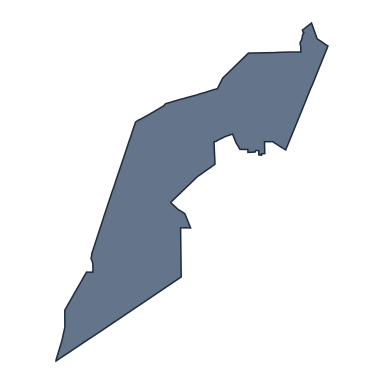 the district of El Espinal, Oaxaca, Mexico
{"feature_id": "50627088B62999724223409", "entity_name": "El Espinal", "entity_type": "district", "adm_level": 2, "iso_a3": "MEX", "parent_name": "Mexico", "parent_adm1": "Oaxaca", "projection": "equal_earth", "projection_center": [-95.031, 16.463], "detail": "fine", "context": "isolated", "style": "filled", "palette": "slate", "viewbox_px": 384, "rotation_deg": 0, "n_neighbors": 0, "source": "geoboundaries", "source_scale": "gbopen_adm2", "svg_char_len": 1947}
<svg xmlns="http://www.w3.org/2000/svg" viewBox="0 0 384 384"><path d="M56.0,361.0L84.7,341.8L103.4,329.4L180.4,277.5L181.2,276.9L180.6,227.8L190.6,227.9L184.8,213.6L177.9,209.3L171.0,202.9L171.2,201.9L197.1,176.9L215.0,164.2L214.0,141.8L216.1,141.4L218.2,140.0L222.5,138.0L224.9,136.7L232.6,134.1L235.9,142.5L238.1,146.2L239.9,149.4L246.5,149.5L247.6,149.5L247.9,149.5L247.9,152.4L255.0,152.1L255.8,150.5L258.8,150.6L258.8,154.9L261.5,155.2L261.4,153.8L263.2,153.7L264.8,153.6L264.5,141.7L266.3,141.7L272.6,141.7L275.3,143.4L276.7,144.2L278.1,145.2L279.3,146.0L280.6,146.8L281.2,147.2L282.3,147.8L283.0,148.2L283.6,148.7L285.7,149.9L301.0,112.5L310.6,88.6L312.5,84.5L314.4,79.7L328.0,46.0L326.6,45.1L326.2,44.9L321.7,41.8L317.2,38.9L316.9,38.0L311.5,23.0L302.6,30.0L302.4,30.1L302.8,31.5L303.1,32.3L303.9,32.9L303.1,33.8L302.4,35.6L302.2,37.5L301.2,40.8L300.3,41.9L300.1,44.0L300.7,46.2L300.8,48.4L300.8,52.0L291.5,52.0L279.4,52.3L273.8,52.6L271.3,52.6L262.8,52.8L248.4,53.1L222.7,78.1L217.4,88.7L215.3,89.3L214.6,89.4L212.2,90.1L209.4,91.0L207.5,91.6L207.0,91.8L205.5,92.3L200.0,93.8L197.9,94.5L197.2,94.8L194.3,95.6L189.7,96.8L185.6,97.9L184.6,98.3L179.3,99.6L176.8,100.4L173.6,101.3L173.4,101.4L172.8,101.5L172.3,101.7L172.0,101.8L171.5,102.0L171.1,102.1L170.6,102.3L169.5,102.6L168.6,102.8L167.7,103.1L165.7,103.6L165.3,104.0L165.2,104.1L164.3,105.1L163.1,106.2L149.2,114.4L139.9,119.5L138.8,119.9L135.6,122.0L133.4,128.3L131.7,133.4L131.6,133.8L129.9,139.1L129.6,140.0L129.4,140.3L129.2,140.9L125.8,151.1L123.0,159.6L122.7,160.3L122.5,160.9L120.8,166.1L118.4,173.1L117.1,176.9L113.3,188.5L112.1,191.7L108.5,202.6L103.6,217.3L103.4,218.1L103.1,219.1L100.1,228.1L92.8,250.6L92.6,251.4L91.9,253.0L91.5,256.3L91.0,258.4L91.7,259.9L92.3,261.8L92.9,264.0L92.8,265.9L93.0,268.1L92.9,270.7L92.8,272.2L86.5,272.1L64.8,310.1L64.8,315.2L64.8,321.8L64.9,327.0L61.8,341.0L56.0,360.0L56.0,361.0Z" fill="#64748b" stroke="#1e293b" stroke-width="1.5"/></svg>